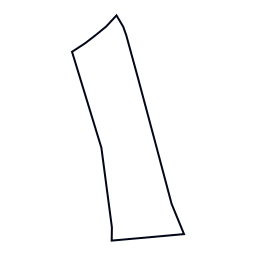 Rafah, Shamal Sina', Egypt
{"feature_id": "37247803B35204215208430", "entity_name": "Rafah", "entity_type": "district", "adm_level": 2, "iso_a3": "EGY", "parent_name": "Egypt", "parent_adm1": "Shamal Sina'", "projection": "equal_earth", "projection_center": [34.237, 31.05], "detail": "fine", "context": "isolated", "style": "outline", "palette": "ink", "viewbox_px": 256, "rotation_deg": 0, "n_neighbors": 0, "source": "geoboundaries", "source_scale": "gbopen_adm2", "svg_char_len": 306}
<svg xmlns="http://www.w3.org/2000/svg" viewBox="0 0 256 256"><path d="M184.0,234.1L171.6,203.9L156.9,148.6L138.0,78.1L126.3,35.4L123.2,26.7L116.5,15.4L106.2,26.5L95.3,35.4L85.2,43.2L72.0,51.8L72.5,53.3L101.4,147.8L111.9,227.4L111.7,240.6L184.0,234.1Z" fill="none" stroke="#020617" stroke-width="2"/></svg>